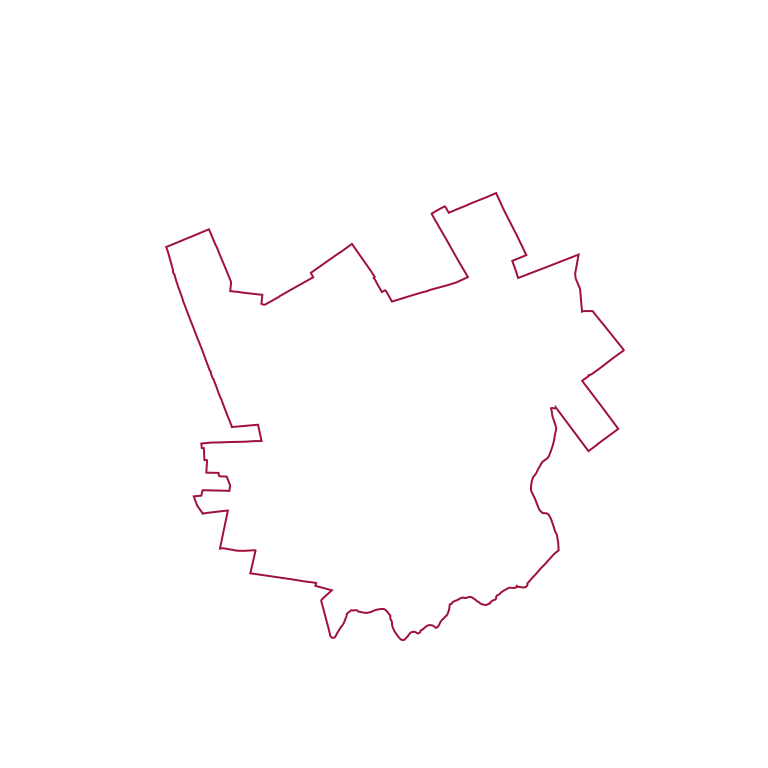 Ileana, Calarasi, Romania, rotated 319°
{"feature_id": "2599482B99093410988413", "entity_name": "Ileana", "entity_type": "district", "adm_level": 2, "iso_a3": "ROU", "parent_name": "Romania", "parent_adm1": "Calarasi", "projection": "orthographic", "projection_center": [26.682, 44.52], "detail": "fine", "context": "isolated", "style": "outline", "palette": "rose", "viewbox_px": 768, "rotation_deg": 319, "n_neighbors": 0, "source": "geoboundaries", "source_scale": "gbopen_adm2", "svg_char_len": 6142}
<svg xmlns="http://www.w3.org/2000/svg" viewBox="0 0 768 768"><g transform="rotate(319 384 384)"><path d="M531.4,571.5L533.6,542.3L534.3,531.1L535.6,511.6L536.7,511.6L543.7,512.3L544.2,511.6L545.6,512.4L547.8,512.9L554.7,513.5L554.9,513.6L573.8,514.7L586.8,515.9L587.2,515.7L587.3,515.5L588.5,486.6L589.0,470.4L589.3,465.9L583.1,460.4L582.3,459.8L580.9,459.3L592.9,442.9L594.3,440.9L594.5,440.5L595.5,437.3L597.8,430.3L598.8,428.7L600.5,426.4L600.8,426.0L611.8,417.2L615.0,414.6L615.8,414.0L584.8,402.9L554.7,391.9L557.1,386.7L557.8,384.9L561.6,375.2L576.0,380.1L578.3,371.6L578.6,371.2L578.6,370.4L578.9,369.4L582.5,356.3L582.6,355.5L587.7,335.0L589.4,328.6L593.9,313.4L584.6,310.5L569.8,305.3L564.5,303.6L564.4,303.7L553.7,300.0L549.5,298.7L546.1,297.4L545.3,297.3L545.7,294.6L546.4,291.6L546.4,290.6L546.4,289.8L543.1,289.0L538.9,288.0L532.0,286.7L531.8,286.7L531.6,286.9L529.7,295.7L529.7,296.1L529.7,296.7L528.9,300.0L525.8,316.4L523.2,328.6L520.7,341.1L519.0,350.4L517.5,358.4L505.2,354.8L496.8,351.1L479.4,342.7L478.4,342.6L470.5,338.7L444.1,327.0L446.5,315.4L446.5,314.6L446.4,314.2L446.0,313.9L442.8,313.2L444.9,302.4L445.3,301.5L445.9,297.1L447.2,297.1L448.2,290.5L449.0,283.0L451.7,257.2L437.2,256.0L436.7,255.7L401.7,252.1L400.6,257.0L374.6,251.6L363.1,249.3L362.1,249.3L346.5,246.1L345.9,245.8L344.9,244.8L344.1,243.0L350.7,236.9L337.5,222.6L333.7,218.0L333.3,217.8L329.5,213.7L328.9,213.0L334.2,208.0L335.6,206.5L339.4,195.3L341.0,190.5L341.5,189.1L341.8,188.2L345.1,178.0L347.2,172.2L347.7,170.5L348.0,168.9L353.4,152.4L317.1,140.3L309.5,137.7L307.6,142.6L301.1,156.3L299.6,159.4L297.9,161.7L297.8,162.1L297.8,162.9L297.7,163.8L297.0,165.3L295.3,168.9L294.2,171.4L293.5,173.1L291.8,177.1L291.1,179.3L288.8,185.2L286.9,189.5L286.7,189.8L286.0,191.8L284.7,195.5L283.7,197.9L282.3,201.9L279.9,208.4L279.8,208.7L277.3,215.9L273.1,227.3L271.4,232.5L269.8,237.0L267.0,244.5L265.2,249.2L261.3,259.7L261.5,260.7L261.4,260.9L260.8,261.6L259.9,263.4L259.1,265.7L258.5,267.2L258.4,267.8L258.6,268.7L258.4,269.0L258.1,269.3L257.7,270.5L255.9,275.6L253.4,281.9L251.4,287.6L251.3,288.8L250.5,290.5L249.6,292.8L246.0,302.8L245.8,303.3L242.1,313.9L241.4,315.8L240.9,316.6L242.5,317.8L262.2,332.1L254.2,346.7L251.5,344.5L249.7,342.8L241.5,336.6L228.8,326.0L224.5,322.6L215.1,314.8L207.1,309.1L204.5,312.7L206.0,314.2L198.6,323.5L198.7,323.9L200.3,325.1L200.4,325.4L200.3,325.7L192.7,333.3L191.8,334.4L197.8,339.8L200.8,342.6L199.4,344.5L199.3,345.2L199.5,345.7L199.9,346.4L204.4,350.5L204.5,350.9L201.4,359.4L201.0,360.0L197.2,363.2L195.9,362.0L177.5,345.2L175.1,346.8L172.9,348.4L166.7,344.0L165.5,347.1L163.2,353.4L162.4,361.1L162.1,362.8L162.2,363.1L162.5,363.0L162.9,363.1L164.1,364.1L167.1,366.0L180.7,375.3L183.1,377.1L152.2,400.6L153.0,401.1L153.6,401.5L155.2,402.8L155.8,403.5L156.6,404.5L157.4,405.6L160.6,409.4L162.7,412.2L164.8,414.4L168.7,417.9L177.7,424.9L177.8,425.4L158.9,439.2L168.4,450.1L180.1,463.8L185.7,470.2L194.2,480.5L199.6,486.5L200.9,488.1L202.3,489.7L199.8,491.3L209.3,505.5L197.3,505.7L195.1,505.9L194.6,506.2L194.2,506.8L193.1,509.0L184.3,526.9L182.2,531.3L178.2,539.0L178.1,539.5L178.2,540.6L178.5,541.7L179.4,542.5L180.6,542.8L181.6,542.7L183.4,542.1L184.8,541.4L189.9,539.8L192.9,539.0L194.1,538.9L195.2,538.6L196.9,538.0L197.7,537.6L201.8,535.4L203.0,534.9L204.0,534.2L205.2,533.1L206.6,533.0L208.6,533.2L210.5,533.2L211.1,533.5L211.5,533.9L211.8,534.5L213.3,535.4L213.8,535.9L214.7,536.5L215.2,537.4L215.2,537.7L215.2,538.4L215.5,539.1L219.6,544.3L220.2,544.9L221.2,545.7L223.4,546.9L225.1,547.7L228.6,548.7L230.6,549.6L234.6,552.2L236.1,553.6L236.8,555.0L237.1,558.1L236.8,560.4L236.9,561.6L237.0,562.2L236.8,563.0L235.6,564.2L234.8,565.5L234.0,568.3L233.7,569.0L232.0,571.3L231.4,572.2L230.7,574.1L229.8,577.1L229.4,579.8L229.4,580.4L229.3,581.4L229.0,582.6L229.0,583.7L229.0,585.9L229.1,587.4L229.3,588.3L229.6,588.9L230.1,589.5L231.0,590.2L232.0,590.4L236.2,590.0L240.0,589.1L241.3,589.2L242.6,589.6L244.5,591.1L244.9,591.7L245.6,594.0L245.9,594.5L246.6,594.8L247.8,595.0L248.6,595.0L249.9,594.1L250.8,594.1L251.5,594.6L251.8,594.6L256.2,594.6L258.0,594.8L259.8,595.5L260.4,596.0L261.2,596.8L261.9,597.7L262.1,598.2L262.5,598.6L262.8,600.1L262.8,600.7L263.1,601.9L263.4,602.2L264.1,602.4L266.0,602.5L266.9,602.0L267.6,601.9L270.3,600.7L273.1,600.1L275.9,600.1L276.6,599.9L278.3,599.7L278.7,599.7L278.9,599.8L279.2,599.9L281.9,598.9L282.6,598.4L283.7,597.8L284.0,597.6L284.6,597.3L284.9,597.0L285.0,597.0L287.2,595.2L288.6,593.8L289.2,593.5L290.1,593.9L290.4,594.2L292.0,593.8L294.1,593.9L295.5,594.3L296.5,594.8L298.6,595.4L299.0,595.4L299.3,595.6L300.5,595.6L303.4,596.8L303.8,597.4L304.1,597.9L304.5,598.3L304.7,598.6L305.6,599.4L307.3,600.0L309.6,601.3L310.1,602.2L310.4,602.8L311.6,607.5L311.6,608.2L311.9,609.4L312.6,611.4L312.6,612.4L312.8,613.1L313.1,613.9L313.7,614.9L315.2,616.9L316.0,617.6L316.8,618.0L318.2,618.5L319.2,618.5L319.7,619.1L320.1,619.1L320.6,618.8L321.0,618.7L322.1,618.6L323.2,618.5L326.4,619.6L327.2,619.6L327.9,619.3L328.8,618.4L330.5,617.7L330.9,617.7L332.7,618.3L333.7,618.4L335.2,618.1L339.0,618.5L341.8,619.2L343.2,619.4L344.5,619.8L345.1,620.1L348.3,623.2L349.2,623.8L349.8,624.1L350.8,624.1L351.7,623.3L351.9,623.4L351.9,623.5L352.0,624.7L352.1,625.1L352.3,625.3L353.3,626.2L354.0,626.9L354.3,627.5L355.1,628.5L356.2,629.4L357.9,630.3L360.4,629.9L361.0,629.0L361.3,628.6L366.7,627.9L367.6,627.7L373.8,627.1L382.2,625.9L382.9,625.9L388.1,625.5L390.7,625.1L400.0,624.0L401.1,623.9L404.8,624.0L405.4,624.1L406.7,624.1L407.8,622.6L411.2,618.3L415.6,611.1L416.5,607.4L418.3,603.4L421.5,595.4L422.6,590.4L421.8,588.2L419.1,585.5L418.6,581.7L419.4,578.6L420.7,575.0L422.1,571.3L423.1,568.2L423.8,565.4L425.1,560.8L428.2,557.3L431.9,554.2L435.3,552.2L440.0,551.3L444.7,549.3L450.4,547.3L452.8,546.7L457.1,547.1L458.9,547.2L460.9,546.7L465.9,544.1L470.7,541.3L473.8,539.2L476.8,537.0L479.3,534.7L484.8,530.7L486.3,527.7L488.1,523.4L490.2,518.4L492.5,515.0L494.1,511.9L495.5,512.7L495.8,513.0L496.2,513.7L496.9,514.5L497.4,514.6L498.0,514.6L498.3,514.3L494.4,567.1L494.2,568.8L504.4,569.6L505.4,569.5L530.7,571.5L531.4,571.5Z" fill="none" stroke="#9f1239" stroke-width="2"/></g></svg>